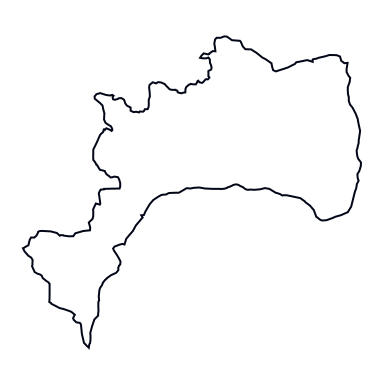 Sagaing, Sagaing, Myanmar (Robinson projection)
{"feature_id": "60261553B34432285334983", "entity_name": "Sagaing", "entity_type": "district", "adm_level": 2, "iso_a3": "MMR", "parent_name": "Myanmar", "parent_adm1": "Sagaing", "projection": "robinson", "projection_center": [95.553, 21.913], "detail": "fine", "context": "isolated", "style": "outline", "palette": "ink", "viewbox_px": 384, "rotation_deg": 0, "n_neighbors": 0, "source": "geoboundaries", "source_scale": "gbopen_adm2", "svg_char_len": 5797}
<svg xmlns="http://www.w3.org/2000/svg" viewBox="0 0 384 384"><path d="M88.8,347.6L89.2,344.6L89.5,344.1L89.7,343.7L90.0,343.3L90.2,341.9L90.3,341.2L90.4,340.4L90.5,339.9L90.5,337.9L90.5,337.2L90.5,336.3L90.5,335.8L90.3,332.8L92.1,326.2L94.4,319.4L98.1,315.7L98.2,313.2L98.5,310.7L98.3,306.0L98.4,301.7L99.1,300.4L99.0,299.5L98.9,298.4L98.9,297.6L98.9,297.3L98.7,296.1L98.9,295.1L99.1,293.4L99.2,292.7L99.2,291.8L99.3,291.3L99.3,290.8L99.7,289.1L99.8,288.7L100.0,288.1L100.5,287.5L100.9,286.7L101.7,285.6L102.1,284.9L102.2,284.7L102.5,284.0L102.6,283.6L102.7,283.0L103.1,282.5L104.0,281.2L104.4,280.9L104.9,280.1L105.4,279.7L106.0,279.2L106.4,278.8L106.9,278.3L107.3,277.8L107.9,277.5L108.7,276.8L109.2,276.5L109.8,276.1L110.4,275.6L111.0,275.2L116.2,272.8L118.3,270.2L118.4,269.4L118.2,268.1L118.3,267.6L118.6,266.9L118.9,266.2L119.0,265.9L119.0,265.6L119.5,265.2L120.2,264.5L120.5,261.5L119.1,258.7L117.0,255.1L114.1,250.8L113.1,248.6L114.5,246.6L119.7,244.6L122.5,243.9L124.5,244.5L126.2,238.9L129.3,235.1L132.8,231.1L135.9,225.4L140.1,220.5L142.4,217.6L142.6,217.5L141.9,216.2L141.3,215.3L143.9,215.0L145.5,211.3L149.7,204.2L153.3,200.0L157.8,197.0L161.3,195.0L162.3,194.9L163.3,194.6L164.4,194.6L165.8,194.5L166.1,194.5L168.6,193.1L172.8,192.8L178.9,192.7L185.1,189.1L185.6,188.7L186.7,188.2L186.8,188.2L190.4,188.5L193.9,187.8L199.4,187.5L204.9,188.5L213.3,188.9L219.7,188.9L220.9,189.0L222.2,188.9L223.5,188.8L224.8,188.6L226.1,188.2L227.1,187.8L228.0,187.2L228.9,186.9L229.9,186.7L231.0,186.1L232.2,185.6L233.0,185.1L234.7,184.6L236.2,184.4L237.6,184.6L238.8,185.1L240.2,186.0L241.7,186.6L243.1,187.3L244.3,188.3L245.6,189.2L246.7,189.6L247.8,189.8L249.0,189.7L249.6,189.6L249.9,189.6L250.9,189.6L254.4,189.8L260.1,189.3L264.9,188.1L269.4,188.9L275.8,192.8L278.2,193.4L278.6,193.6L279.0,193.7L279.4,193.9L279.7,194.0L280.1,194.1L280.4,194.3L280.9,194.6L281.2,194.8L281.9,195.2L282.4,195.5L283.5,195.2L283.8,195.2L285.0,195.3L285.7,195.2L286.4,195.2L300.3,198.1L305.1,201.6L305.3,202.1L305.5,202.3L309.9,205.5L313.8,210.1L316.3,216.8L317.0,217.2L317.2,217.4L320.4,219.9L322.2,220.5L326.5,220.2L332.3,218.1L335.5,216.7L340.9,215.2L345.4,213.2L347.8,212.2L351.2,206.6L352.7,200.6L354.5,193.3L355.1,191.2L356.2,188.4L356.9,184.0L358.6,180.7L357.7,178.2L357.4,174.2L359.4,170.8L360.8,166.1L361.0,162.5L358.3,158.9L357.2,155.9L356.6,150.5L357.6,147.5L357.6,146.9L358.6,143.2L358.7,141.8L358.7,140.3L359.2,137.3L359.5,135.1L359.8,133.3L360.1,130.8L358.4,123.1L357.7,118.9L355.6,113.5L352.5,107.6L350.0,104.5L348.8,100.9L348.8,97.1L348.0,94.2L347.8,90.6L347.8,87.2L349.7,81.8L350.2,77.7L348.6,75.9L346.6,72.1L346.6,68.7L347.6,62.9L344.5,63.2L343.6,62.7L343.5,62.4L341.3,60.9L340.0,56.5L336.4,55.1L334.7,55.1L329.4,55.0L325.2,56.3L318.6,57.8L315.7,58.9L314.6,58.9L313.0,59.3L312.6,59.7L312.7,61.8L307.2,60.1L298.4,61.9L298.0,61.9L296.2,62.3L295.1,63.8L287.6,67.6L275.8,71.4L273.1,70.1L272.0,66.2L271.5,63.3L267.6,60.6L265.6,59.2L262.3,57.5L256.6,52.9L252.3,50.2L251.2,49.4L245.3,49.2L242.8,46.4L241.4,43.2L240.8,41.8L239.9,40.8L237.1,40.6L232.0,40.2L226.9,36.6L224.2,36.4L220.6,37.8L216.6,37.8L215.1,39.5L214.3,43.5L215.0,47.7L215.4,51.3L212.7,51.1L209.2,53.6L209.2,54.0L208.3,54.4L203.6,53.4L201.3,55.9L200.1,57.8L202.6,58.3L206.4,58.3L208.3,57.6L208.5,58.0L209.1,58.2L209.4,59.0L209.8,59.4L210.0,63.0L210.8,64.6L211.6,67.5L211.2,69.5L208.4,71.0L208.4,76.3L209.4,77.4L209.4,77.6L208.8,78.0L208.6,78.6L207.8,79.4L206.3,79.2L205.6,79.4L204.5,80.6L203.3,82.0L202.1,82.9L199.5,82.3L198.2,80.7L197.4,81.3L197.3,82.0L195.9,84.3L193.0,84.3L190.5,83.9L189.7,84.6L189.0,84.6L186.3,87.0L185.5,88.9L185.3,92.4L183.2,92.7L181.8,93.1L181.6,93.3L179.5,92.9L177.7,92.3L177.6,91.3L177.0,90.5L176.0,90.3L175.6,89.8L172.1,89.9L169.7,89.3L165.7,85.3L164.8,84.1L161.2,82.5L158.1,82.1L156.1,83.4L152.8,82.3L149.6,84.8L149.1,87.4L149.6,91.7L149.9,96.3L148.7,100.1L148.8,104.5L148.5,107.3L147.6,109.2L144.9,109.2L143.8,111.2L142.9,111.7L139.7,111.5L139.1,112.4L136.2,111.8L133.5,112.1L130.6,110.7L130.6,107.5L126.9,105.6L125.3,103.4L124.1,99.8L121.5,98.1L118.9,98.2L117.7,99.0L114.8,99.8L113.0,99.2L112.6,97.1L113.6,95.8L112.3,94.9L111.3,95.1L110.6,95.5L108.4,95.3L106.2,95.0L100.1,93.1L96.5,94.2L94.6,96.4L94.7,98.6L100.2,103.2L102.5,105.5L103.3,109.4L104.4,113.5L104.0,119.5L105.5,122.8L107.9,124.5L110.8,126.2L112.1,128.5L112.3,130.2L111.6,130.9L109.9,129.8L107.3,128.7L106.3,128.3L105.2,129.6L105.0,129.2L103.8,129.4L103.2,131.9L101.0,133.9L100.0,135.1L97.0,142.0L93.3,149.6L93.2,158.0L93.3,159.9L95.2,162.3L96.1,164.2L96.3,164.6L96.7,164.6L96.9,165.2L97.5,165.6L97.7,166.2L98.7,167.7L98.9,168.3L99.6,169.1L99.8,169.7L100.4,169.9L104.8,171.0L105.5,172.7L106.7,174.4L109.3,176.3L110.5,177.4L112.2,177.3L114.2,176.6L117.8,177.1L118.6,178.3L119.2,179.7L120.2,182.9L120.2,186.6L119.5,188.6L117.7,188.5L114.3,188.7L113.9,188.6L104.0,188.9L103.9,189.4L100.7,189.6L99.9,190.9L98.8,193.2L99.2,195.7L100.3,203.6L99.8,204.6L95.9,203.5L94.5,206.4L93.1,209.5L93.3,211.9L93.2,216.6L92.5,219.0L91.4,220.0L88.8,222.5L90.2,227.5L90.0,230.3L83.3,231.0L75.3,233.3L73.3,236.2L68.8,236.3L63.6,235.6L63.2,235.2L60.5,235.2L59.8,235.7L56.9,233.0L50.7,231.4L41.9,230.9L39.6,231.1L38.1,231.8L37.9,232.9L36.4,235.7L34.4,237.5L31.0,237.5L29.7,239.9L29.1,242.2L28.4,245.3L25.5,246.8L24.3,247.7L23.0,248.2L24.0,250.4L24.7,251.6L28.4,255.8L31.2,257.6L32.6,260.0L32.4,264.2L32.5,264.9L32.0,266.0L33.1,268.6L34.7,272.1L37.3,273.6L39.8,274.4L41.6,275.5L42.8,278.1L46.6,281.2L48.0,282.0L48.7,282.6L48.9,283.2L49.5,283.7L49.6,283.8L49.6,288.0L49.6,293.6L49.5,299.2L49.3,302.1L51.0,303.0L51.6,303.9L55.3,305.8L59.7,308.1L63.5,309.0L68.2,310.6L71.3,311.8L74.8,314.7L73.9,316.3L73.1,318.3L73.8,319.9L76.3,322.3L79.8,322.9L80.7,323.8L81.1,325.8L81.9,334.0L84.0,342.9L87.7,346.8L88.3,347.0L88.8,347.6Z" fill="none" stroke="#020617" stroke-width="2"/></svg>